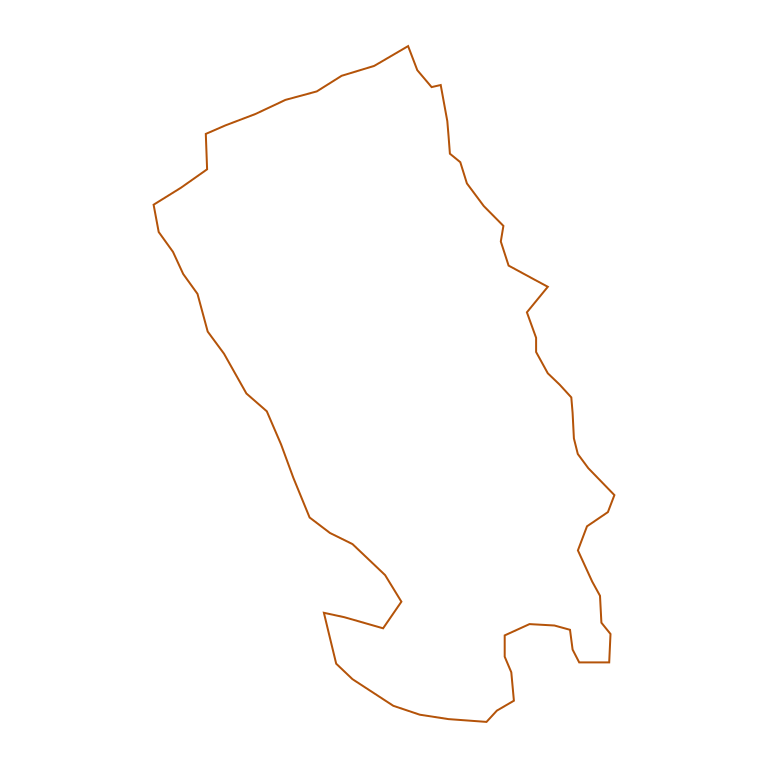 the district of Ardana, Cyprus
{"feature_id": "46923920B85221731865635", "entity_name": "Ardana", "entity_type": "district", "adm_level": 2, "iso_a3": "CYP", "parent_name": "Cyprus", "parent_adm1": "", "projection": "equal_earth", "projection_center": [33.895, 35.353], "detail": "fine", "context": "isolated", "style": "outline", "palette": "amber", "viewbox_px": 768, "rotation_deg": 0, "n_neighbors": 0, "source": "geoboundaries", "source_scale": "gbopen_adm2", "svg_char_len": 1079}
<svg xmlns="http://www.w3.org/2000/svg" viewBox="0 0 768 768"><path d="M153.6,204.7L158.7,232.0L173.0,251.9L183.2,274.0L197.5,293.9L207.7,331.6L224.0,353.7L246.4,393.5L266.8,411.3L281.1,444.5L293.3,477.7L309.6,517.5L330.0,533.0L352.5,544.1L385.1,575.1L401.4,601.7L383.1,628.3L344.3,617.2L323.9,612.8L328.6,632.4L336.2,663.7L352.5,679.2L393.3,705.8L419.8,714.7L448.4,719.1L486.5,721.9L496.9,710.6L513.9,700.7L511.3,672.3L504.7,656.7L504.7,635.4L529.5,624.1L554.4,625.5L570.0,629.8L572.6,649.6L579.2,662.4L609.2,662.4L610.5,634.0L601.4,622.7L600.0,595.8L592.2,581.6L577.9,550.4L587.0,526.3L607.9,512.1L614.4,495.1L588.3,468.2L577.8,454.0L573.9,438.4L572.6,412.9L571.3,397.4L559.6,384.6L547.8,373.3L536.1,352.0L536.1,337.8L526.9,312.3L547.8,286.8L534.8,279.8L508.6,265.6L500.8,241.5L503.4,225.9L483.8,206.1L466.9,183.4L460.3,162.2L449.9,153.7L448.6,136.7L447.3,121.1L440.7,85.0L431.6,87.1L417.3,70.2L408.1,46.1L374.2,65.9L341.6,75.8L316.8,91.4L285.4,99.9L255.4,114.0L225.4,125.4L205.8,133.9L207.1,169.3L181.0,187.7L153.6,204.7Z" fill="none" stroke="#b45309" stroke-width="2"/></svg>